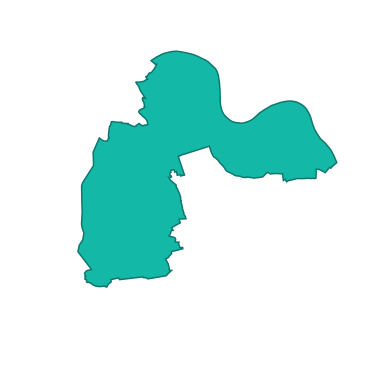 Berg en Dal, Gelderland, Netherlands (Mercator projection), rotated 32°
{"feature_id": "6326949B49757096528968", "entity_name": "Berg en Dal", "entity_type": "district", "adm_level": 2, "iso_a3": "NLD", "parent_name": "Netherlands", "parent_adm1": "Gelderland", "projection": "mercator", "projection_center": [5.939, 51.811], "detail": "fine", "context": "isolated", "style": "filled", "palette": "teal", "viewbox_px": 384, "rotation_deg": 32, "n_neighbors": 0, "source": "geoboundaries", "source_scale": "gbopen_adm2", "svg_char_len": 5766}
<svg xmlns="http://www.w3.org/2000/svg" viewBox="0 0 384 384"><g transform="rotate(32 192 192)"><path d="M95.2,245.4L106.1,262.2L109.1,266.5L115.4,277.9L117.9,280.7L122.1,284.1L124.7,290.5L124.6,297.0L126.9,303.1L147.9,311.0L144.9,313.9L144.2,315.1L143.9,317.9L144.8,318.5L145.4,319.0L146.2,319.5L145.8,319.8L146.1,320.4L146.5,320.2L146.6,320.4L146.7,321.0L147.0,321.6L147.2,322.5L147.7,322.7L149.0,322.4L149.2,322.5L149.4,322.6L149.6,323.0L150.1,324.1L150.9,324.2L151.1,324.2L152.2,323.4L152.7,323.2L153.7,323.2L155.1,322.8L156.1,323.2L156.8,323.3L160.2,322.8L162.8,321.7L163.9,321.1L168.1,318.0L168.4,318.3L169.5,318.0L170.1,317.7L170.0,316.7L169.9,315.8L169.9,314.7L171.1,311.1L170.7,310.5L169.6,309.4L175.2,303.8L177.0,304.7L195.3,290.0L196.3,290.4L196.9,290.0L198.2,289.2L198.5,289.1L199.4,289.1L200.2,289.2L200.7,288.9L201.2,288.5L214.4,276.8L214.5,276.5L214.9,274.5L215.2,273.1L216.0,270.2L216.2,269.4L214.6,270.4L210.0,265.6L207.3,264.1L204.9,262.9L206.8,259.8L206.4,259.3L206.9,257.4L207.4,255.2L207.2,255.2L206.9,254.7L206.1,253.4L209.3,250.3L211.4,248.1L212.8,246.5L214.3,245.0L214.0,244.6L213.5,244.0L211.3,245.6L207.7,242.7L207.6,241.5L204.2,243.3L203.1,240.6L202.8,240.5L202.5,240.3L201.6,239.8L200.6,240.1L195.8,241.5L195.8,239.7L195.1,235.1L195.9,234.8L196.4,234.5L193.6,233.1L196.3,228.0L198.4,224.2L195.9,222.5L196.1,222.2L195.6,221.7L201.1,217.9L200.1,217.1L200.0,216.9L198.9,216.0L198.3,215.9L197.1,215.3L196.6,214.8L196.4,214.6L196.5,214.5L195.3,213.3L193.6,211.9L192.7,211.1L192.0,210.0L191.4,209.5L188.2,206.5L187.6,205.7L187.4,204.9L186.9,205.2L185.9,203.9L185.6,203.3L185.6,202.9L185.1,202.5L182.5,200.2L178.7,197.7L178.3,197.4L177.7,197.0L177.7,196.9L176.4,196.4L176.0,196.2L175.5,195.6L175.1,195.0L175.1,194.8L174.9,194.6L174.4,194.4L171.5,194.0L168.4,193.6L166.6,193.0L165.7,192.6L164.9,192.1L165.3,192.1L165.5,192.0L165.7,191.5L166.3,190.7L166.6,190.0L165.8,189.4L165.3,189.9L163.3,188.1L163.3,187.4L163.8,186.4L163.2,186.0L162.5,185.0L165.0,182.5L166.8,184.4L168.0,182.9L170.6,185.6L172.8,183.5L173.9,184.4L176.7,181.6L161.5,169.2L162.4,168.1L162.0,167.8L163.3,166.5L164.7,164.6L164.9,164.6L182.4,144.0L185.4,146.5L187.1,147.9L188.3,148.8L191.8,150.7L192.3,150.7L193.1,150.5L193.3,150.6L194.4,150.7L196.5,151.2L197.7,151.4L198.5,151.7L199.8,152.4L200.6,152.6L204.4,153.5L205.5,153.9L206.5,154.3L208.8,155.5L210.0,155.8L210.7,155.9L211.6,155.8L217.0,155.2L218.0,155.2L218.9,155.3L220.8,154.9L221.4,154.6L221.9,154.4L223.2,153.7L224.1,153.3L227.6,152.5L228.0,152.3L228.6,151.9L230.5,150.8L230.5,150.6L230.4,150.4L232.0,149.5L233.4,149.0L235.5,148.0L237.2,147.4L238.6,146.1L240.6,144.7L242.6,142.8L243.5,142.2L243.8,141.9L244.0,141.5L244.3,140.7L244.4,140.2L244.8,137.9L245.1,136.8L245.4,136.0L245.9,135.5L246.1,135.3L246.7,135.1L248.5,135.2L249.0,135.1L251.8,132.9L255.4,130.7L259.3,128.6L261.0,130.9L262.3,132.5L263.4,133.8L264.0,132.3L264.3,131.8L265.0,132.3L265.6,132.7L266.9,133.2L267.7,131.4L268.4,130.5L269.1,130.0L269.6,129.5L273.9,125.0L274.6,124.5L275.8,123.8L279.7,121.4L282.8,119.1L283.9,118.5L286.4,117.1L287.3,116.4L289.7,115.0L289.8,114.6L286.5,108.9L285.2,106.9L286.4,106.2L288.2,105.5L292.2,105.1L294.7,105.0L295.7,98.1L297.1,98.3L297.4,96.3L299.2,90.3L293.0,86.0L287.9,83.0L286.8,82.5L279.2,80.0L277.2,79.6L272.8,78.8L266.8,76.1L263.0,74.0L261.6,73.0L259.3,71.3L257.4,69.7L253.2,65.9L250.9,64.2L249.4,63.3L248.0,62.5L245.1,61.0L242.4,60.2L239.6,59.8L236.2,59.9L234.5,60.1L232.4,60.5L231.0,61.0L227.7,62.4L225.1,64.2L222.1,66.7L219.6,69.2L218.0,71.1L215.2,74.6L213.5,76.7L212.4,78.8L209.2,85.1L207.6,88.7L205.6,95.7L204.5,98.8L203.4,100.9L201.1,103.9L199.5,105.8L198.7,106.5L197.7,107.3L192.4,109.9L190.9,110.4L189.5,110.8L187.5,111.0L186.2,111.0L182.1,110.5L179.2,109.7L177.9,109.3L176.5,108.6L174.3,107.2L170.7,103.7L169.7,102.5L168.7,101.3L167.8,100.1L166.9,98.6L161.8,90.8L157.5,85.0L152.5,79.1L149.8,76.8L146.6,75.0L136.6,73.0L133.6,73.0L130.4,73.4L126.0,73.8L120.5,74.7L119.7,74.9L113.3,77.0L108.3,79.0L104.4,80.7L103.4,81.4L102.2,82.3L100.4,83.7L98.7,85.3L95.7,88.4L94.6,89.6L93.7,90.8L90.2,96.7L88.6,100.2L87.7,102.3L93.0,103.1L94.4,102.4L94.4,102.8L94.6,106.0L94.7,107.6L94.6,108.5L94.5,110.8L93.8,113.2L93.0,113.3L92.6,114.5L92.5,114.9L92.8,115.5L92.6,116.7L92.8,117.8L92.6,117.9L92.2,118.1L91.3,119.1L91.9,118.8L92.1,118.8L92.4,118.9L93.2,119.5L94.5,119.9L94.1,120.3L94.0,120.6L93.4,121.6L92.7,123.2L92.3,123.8L89.6,126.3L89.2,126.8L88.4,127.2L87.4,127.7L86.9,128.2L86.6,128.2L86.3,128.7L88.0,129.6L90.6,130.6L91.1,130.9L93.7,132.9L95.7,134.0L99.4,135.6L102.8,137.2L101.0,137.9L100.4,137.8L100.2,138.1L100.5,139.1L101.4,139.6L101.2,140.0L102.6,141.0L103.2,141.2L103.3,141.2L103.7,141.6L104.3,142.2L105.5,143.4L105.9,144.0L106.1,144.4L106.0,144.7L106.5,144.9L107.1,145.1L107.0,145.4L106.5,146.3L106.2,147.3L106.1,147.5L105.4,148.0L104.8,149.1L104.2,150.3L104.2,150.6L104.1,150.9L104.2,151.7L104.4,152.2L105.3,152.8L105.7,153.0L108.2,153.4L111.2,154.1L112.9,154.2L115.5,155.2L116.2,155.6L116.7,155.9L118.3,157.9L118.8,158.3L118.7,158.5L118.5,158.9L118.3,159.1L116.2,160.4L115.5,161.6L115.2,161.8L114.3,162.1L113.8,162.3L113.7,162.2L110.8,161.9L109.5,165.0L109.7,165.6L109.3,165.8L108.9,166.5L108.7,166.8L108.5,167.0L107.8,167.3L102.6,168.2L102.3,168.2L101.8,168.4L101.6,167.8L96.1,170.8L95.5,170.0L90.5,173.1L88.1,173.9L87.2,174.5L86.9,175.0L86.5,175.1L86.4,175.2L86.8,176.0L86.8,176.4L86.9,176.7L87.2,177.3L87.5,178.8L87.4,179.8L87.6,180.7L88.6,183.0L88.7,183.3L88.8,183.3L89.3,184.5L90.1,186.2L90.8,187.7L92.5,190.2L92.8,189.9L93.0,190.3L92.8,190.8L92.8,191.4L92.8,191.8L93.1,192.8L93.0,193.4L92.8,193.7L92.6,194.0L91.7,194.7L90.7,195.2L88.4,195.6L87.7,195.6L84.8,195.3L87.1,210.7L93.0,219.4L94.5,222.1L94.3,240.6L94.3,241.4L94.4,242.3L95.2,245.4Z" fill="#14b8a6" stroke="#0f766e" stroke-width="1.5"/></g></svg>